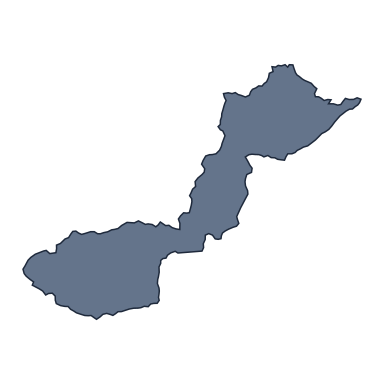 Porciúncula, Rio de Janeiro, Brazil
{"feature_id": "56859067B7663299308815", "entity_name": "Porciúncula", "entity_type": "district", "adm_level": 2, "iso_a3": "BRA", "parent_name": "Brazil", "parent_adm1": "Rio de Janeiro", "projection": "albers", "projection_center": [-41.956, -20.896], "detail": "fine", "context": "isolated", "style": "filled", "palette": "slate", "viewbox_px": 384, "rotation_deg": 0, "n_neighbors": 0, "source": "geoboundaries", "source_scale": "gbopen_adm2", "svg_char_len": 3321}
<svg xmlns="http://www.w3.org/2000/svg" viewBox="0 0 384 384"><path d="M84.8,315.5L88.2,315.7L91.1,315.5L93.6,317.3L96.5,319.3L100.2,316.8L102.9,314.3L106.7,313.4L110.2,314.4L112.9,315.4L115.5,313.7L118.0,311.7L121.5,311.6L125.4,310.3L129.4,309.0L133.8,308.2L138.0,308.1L140.9,307.7L144.2,306.3L148.2,306.7L150.7,304.0L153.7,303.4L157.2,303.3L159.2,300.4L158.5,297.4L159.0,294.0L159.3,291.0L159.0,288.0L157.4,283.6L157.7,279.5L158.4,276.8L159.2,272.2L159.0,266.9L160.7,263.4L160.7,260.5L162.8,258.6L166.0,258.1L167.5,255.2L170.7,252.9L175.2,251.3L177.9,253.0L202.0,251.1L203.6,247.6L203.3,243.7L205.2,239.5L205.3,235.2L208.7,233.6L212.5,235.1L215.2,238.9L218.2,239.3L221.0,238.7L221.4,235.7L222.5,233.0L225.2,231.0L228.5,229.2L233.0,227.3L236.5,226.2L238.8,223.4L237.5,219.6L236.7,216.6L240.7,207.7L246.5,196.7L247.9,194.1L247.6,190.7L245.5,185.9L245.0,181.8L245.5,178.6L246.8,174.5L251.5,172.4L252.1,168.2L249.9,165.3L248.2,162.0L246.7,159.3L245.3,157.0L248.9,154.7L252.0,154.2L255.3,154.5L258.8,154.6L261.6,155.5L263.9,156.9L267.9,155.5L271.1,157.6L274.9,157.8L277.6,159.3L281.0,159.8L284.5,160.2L286.0,156.7L287.8,153.8L291.9,153.8L295.1,152.5L297.2,150.4L300.3,148.9L303.4,147.1L307.7,145.9L311.5,143.0L315.4,140.0L318.6,136.8L321.7,133.6L325.3,131.8L328.8,129.4L331.7,126.1L334.7,122.0L337.8,118.4L340.1,115.8L343.2,113.4L346.1,111.1L349.5,109.2L352.5,109.0L355.1,106.7L357.7,105.0L359.5,102.7L361.0,99.2L357.1,97.8L353.6,99.4L349.1,99.5L345.4,98.4L343.0,101.4L340.8,104.5L337.7,105.1L333.4,103.8L328.5,103.8L331.0,99.8L327.8,99.5L324.1,100.5L321.3,98.3L318.6,96.8L315.4,96.7L314.5,93.6L316.8,88.7L314.1,86.5L311.3,83.3L307.9,81.8L304.8,80.5L302.4,79.1L299.4,76.6L297.0,75.0L295.5,72.7L293.9,68.2L292.9,64.9L289.3,64.7L287.7,67.1L285.1,64.7L281.3,65.9L278.2,65.4L275.6,67.1L272.0,66.7L273.1,71.6L269.3,73.3L268.5,77.7L266.6,81.8L264.2,83.5L262.0,86.1L258.7,85.9L255.9,87.9L252.5,89.3L250.7,91.7L249.4,95.2L245.4,97.0L240.9,95.3L238.2,94.6L235.3,92.6L232.1,93.6L228.2,92.8L223.5,93.6L224.4,97.2L226.1,100.5L224.9,103.2L224.0,105.9L222.9,110.0L221.8,113.6L221.6,116.9L220.4,120.4L220.3,124.5L218.1,126.6L220.4,129.8L222.8,130.9L225.0,135.7L223.2,140.5L222.1,143.4L221.4,146.4L219.6,150.2L216.0,153.8L212.2,154.6L209.5,154.7L205.7,156.0L203.1,160.5L201.6,164.2L204.7,168.7L204.2,172.2L202.0,174.6L198.0,177.9L195.1,181.6L195.6,186.5L192.6,189.2L190.9,193.2L189.6,195.7L191.7,198.7L191.9,201.6L191.3,205.2L190.1,209.8L189.3,212.7L186.7,213.1L183.6,212.8L180.6,215.8L178.4,219.0L179.9,223.3L179.8,229.5L176.0,228.9L172.1,227.6L168.9,225.3L165.6,225.6L160.3,222.0L158.2,224.9L155.8,226.8L152.2,224.5L148.1,223.9L145.3,224.4L142.5,222.9L138.4,220.9L134.3,222.9L127.0,222.4L121.6,225.5L118.1,228.5L114.5,229.4L111.7,229.8L107.7,231.8L103.8,232.6L100.3,233.8L97.5,233.7L94.3,231.7L90.6,231.7L87.8,232.6L84.9,233.5L81.6,234.4L78.5,233.0L75.9,231.1L72.8,231.4L70.9,233.9L68.6,237.6L65.0,239.0L60.4,243.5L56.5,245.1L56.6,248.6L55.9,252.7L49.8,253.6L46.2,250.4L43.6,251.0L35.3,254.2L30.8,257.4L28.1,260.2L26.8,262.6L25.0,266.0L23.0,269.2L24.2,273.6L26.3,276.3L30.3,279.6L33.6,281.9L32.3,285.2L39.2,288.8L42.7,291.0L45.7,295.0L48.5,293.5L52.3,293.2L55.2,296.1L55.3,300.3L56.3,303.6L60.6,305.6L64.9,306.4L68.1,306.5L70.6,309.3L73.7,311.0L76.4,312.8L80.0,314.0L84.8,315.5Z" fill="#64748b" stroke="#1e293b" stroke-width="1.5"/></svg>